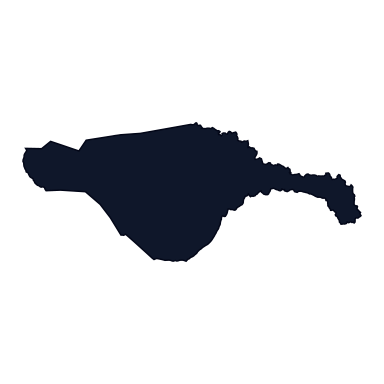 Ruy Barbosa, Bahia, Brazil (Mercator projection)
{"feature_id": "56859067B94227809575863", "entity_name": "Ruy Barbosa", "entity_type": "district", "adm_level": 2, "iso_a3": "BRA", "parent_name": "Brazil", "parent_adm1": "Bahia", "projection": "mercator", "projection_center": [-40.44, -12.266], "detail": "fine", "context": "isolated", "style": "filled", "palette": "ink", "viewbox_px": 384, "rotation_deg": 0, "n_neighbors": 0, "source": "geoboundaries", "source_scale": "gbopen_adm2", "svg_char_len": 5548}
<svg xmlns="http://www.w3.org/2000/svg" viewBox="0 0 384 384"><path d="M193.8,255.8L194.5,255.0L195.6,254.2L196.8,253.1L197.7,251.6L198.7,250.7L199.5,249.8L200.6,249.2L201.6,248.4L202.5,247.5L203.6,246.8L204.8,246.0L205.9,245.3L207.2,244.6L208.3,243.8L209.5,242.6L210.6,241.5L211.7,240.1L212.8,238.4L213.9,236.6L214.5,235.7L214.9,234.7L215.8,233.4L216.4,232.0L217.2,230.5L218.2,229.1L218.7,228.0L219.1,226.4L219.7,225.4L220.2,224.1L220.4,222.3L220.8,220.6L221.4,219.3L221.4,217.9L221.8,216.7L222.7,215.7L224.1,216.5L225.3,216.3L226.1,215.1L226.9,213.6L227.3,212.2L227.6,210.7L228.3,208.9L229.6,209.0L230.7,209.6L232.3,209.5L233.7,210.0L234.9,210.2L235.9,209.5L236.6,208.5L237.1,207.5L238.5,206.8L239.6,206.1L240.5,205.4L242.1,204.6L243.0,203.3L243.3,202.1L243.3,200.9L243.7,199.2L244.6,197.7L245.2,196.3L246.9,195.9L247.7,195.0L248.3,194.0L249.4,195.6L250.5,196.7L251.7,196.0L253.1,196.3L255.1,195.7L256.0,194.5L257.1,194.1L257.9,193.1L258.7,192.3L259.8,191.4L261.1,190.9L261.4,192.2L262.5,192.9L263.7,194.1L265.9,194.7L267.7,194.6L268.6,193.8L269.1,192.5L270.0,191.3L270.5,189.7L270.9,188.7L272.1,188.6L273.5,188.2L274.8,188.8L275.7,189.3L276.8,189.7L277.9,189.9L278.9,190.5L280.2,190.8L281.2,190.3L282.0,189.0L283.1,189.8L284.5,189.6L284.6,190.8L285.8,191.2L287.2,191.6L288.9,190.8L289.8,190.0L291.1,189.6L292.7,189.4L293.9,190.2L294.5,191.6L295.8,192.0L297.2,192.3L298.6,191.3L300.4,191.2L302.1,191.4L303.2,191.9L304.5,192.1L305.9,192.5L307.5,192.8L309.5,193.9L310.9,193.9L313.0,194.9L314.2,195.5L315.1,196.1L316.2,196.6L317.7,197.2L319.0,197.2L320.5,197.2L321.8,197.9L322.9,198.2L324.7,198.0L325.8,199.1L326.0,200.5L327.1,200.6L327.7,201.8L327.7,203.4L327.9,204.6L327.9,205.9L328.8,206.7L329.3,207.9L330.1,208.7L330.6,210.3L331.7,210.3L333.0,209.9L334.1,211.0L335.0,212.0L336.0,212.3L335.9,213.8L335.3,214.7L335.7,215.8L336.7,216.2L337.5,217.0L338.0,218.3L338.6,219.3L339.4,220.6L339.4,222.0L340.3,222.9L341.0,224.2L342.2,224.1L343.3,223.9L344.7,224.0L346.3,223.5L347.1,222.0L348.2,222.7L349.2,222.5L350.8,221.7L352.0,222.5L353.2,222.1L354.1,223.0L355.0,222.1L355.1,220.7L355.0,219.4L355.5,218.3L356.7,217.8L357.9,218.1L359.1,217.1L360.0,216.6L361.0,215.7L359.9,213.6L360.5,212.4L359.3,211.5L358.4,210.2L357.4,209.8L357.0,208.1L357.5,206.7L356.9,205.8L355.9,206.0L354.7,205.3L354.0,204.4L354.1,203.2L354.1,201.6L354.4,199.8L354.4,198.4L354.1,197.2L354.8,196.2L354.4,194.9L353.2,193.9L352.7,192.5L352.6,191.0L352.6,189.8L352.6,188.7L352.9,187.1L351.9,185.6L351.1,184.9L350.3,186.4L349.0,186.5L347.9,186.3L346.1,185.9L345.3,185.0L345.0,183.7L345.4,182.3L345.0,181.0L343.5,180.1L342.0,179.4L341.2,178.2L340.3,177.1L340.1,175.2L338.8,174.6L337.8,175.6L337.1,176.5L337.3,178.0L335.9,178.9L334.7,179.4L333.3,179.2L332.2,179.5L331.5,178.6L331.4,177.4L330.2,176.3L329.6,174.2L328.5,173.0L326.9,173.1L325.8,173.3L326.1,174.6L324.8,175.4L323.7,176.2L322.7,176.0L321.6,176.1L320.2,176.1L318.6,175.9L317.2,176.3L316.0,175.4L314.3,175.0L312.8,175.0L311.4,175.3L309.5,175.0L308.0,174.0L306.4,174.4L304.8,175.9L304.0,177.3L302.8,177.0L301.8,176.5L300.3,175.9L299.7,174.6L299.0,173.7L297.4,174.2L296.1,174.5L294.9,174.5L293.8,174.7L292.7,175.2L291.5,174.2L290.1,173.8L289.6,172.8L290.7,172.5L290.0,171.4L290.1,170.2L289.8,169.2L288.5,168.5L287.9,167.5L287.0,168.1L285.9,168.6L284.6,167.6L283.4,166.5L281.9,165.9L280.3,164.9L278.8,164.1L277.6,164.1L277.5,165.3L275.7,164.9L274.6,165.1L273.7,165.7L272.4,165.0L271.0,164.6L270.4,163.0L268.8,162.7L267.5,163.6L266.1,164.5L264.6,164.2L263.3,164.1L262.7,163.1L262.0,160.9L261.4,158.8L259.6,157.9L258.3,158.8L256.5,159.3L255.3,159.4L254.7,157.8L255.5,156.3L256.5,154.6L257.0,153.1L256.9,151.3L255.6,151.0L254.7,149.8L254.0,148.3L252.6,147.9L250.7,147.9L249.3,146.9L248.1,147.4L248.1,146.0L248.4,144.1L248.2,142.8L247.8,140.7L246.2,141.3L244.2,141.0L242.6,141.8L241.5,142.2L241.0,141.2L239.2,141.0L237.7,140.3L237.9,138.3L237.3,136.7L236.5,135.8L236.9,134.5L236.7,133.4L235.7,132.1L234.2,132.5L233.0,132.8L232.0,133.4L231.3,132.6L230.5,131.8L229.2,131.4L228.1,132.4L227.5,134.0L226.4,134.0L225.2,133.1L223.4,133.0L222.1,133.6L222.3,134.7L221.2,135.9L220.1,134.7L218.6,134.5L218.4,132.9L219.5,132.8L220.0,131.6L218.7,130.7L217.3,130.8L216.0,130.0L214.9,129.3L213.7,128.3L212.3,127.6L211.0,128.6L209.0,128.2L207.1,128.2L205.9,128.6L204.5,128.6L203.0,128.5L201.5,128.5L202.1,127.6L201.4,126.8L200.5,125.3L199.2,125.3L198.1,125.6L197.0,124.5L197.0,123.4L196.1,122.8L195.2,123.4L194.2,124.5L192.2,124.8L190.9,124.4L153.3,131.1L140.3,133.4L120.6,134.8L118.1,135.2L115.1,135.6L112.3,136.1L86.2,140.2L78.9,151.0L71.0,148.3L62.8,145.5L50.6,141.4L41.6,148.7L25.6,148.4L26.4,149.7L26.7,150.8L26.0,151.8L25.1,153.2L24.4,154.4L24.1,155.7L24.1,157.1L23.6,158.5L23.1,159.9L23.0,161.5L23.7,162.8L23.8,164.2L24.0,166.2L24.6,167.7L25.1,169.0L25.9,170.3L26.2,171.9L28.0,172.7L28.8,174.6L29.4,175.8L30.0,176.8L31.4,177.8L33.0,178.6L33.3,180.1L34.2,181.2L34.9,182.9L36.1,184.1L37.4,185.2L39.1,185.8L40.4,186.9L41.5,187.1L42.8,186.8L44.4,187.4L45.2,189.5L46.1,190.7L60.4,190.1L85.4,191.7L100.2,204.4L102.7,207.7L110.2,217.5L111.5,219.6L121.0,235.1L122.1,235.0L123.5,235.3L124.7,234.8L125.6,234.2L133.9,241.5L146.3,252.7L152.3,258.2L154.0,259.5L155.4,258.9L156.5,258.5L157.6,258.6L158.6,258.8L160.1,259.1L162.4,259.6L165.0,260.3L166.7,260.2L168.7,260.1L170.0,260.2L171.0,260.5L172.3,261.0L173.4,261.1L175.3,260.5L176.8,261.0L178.1,260.8L179.5,260.3L180.9,260.1L182.6,260.1L183.9,260.4L185.0,260.8L186.1,261.2L187.0,260.2L188.0,259.2L189.3,258.7L190.5,257.5L192.4,256.7L193.8,255.8Z" fill="#0f172a" stroke="#020617" stroke-width="1.5"/></svg>